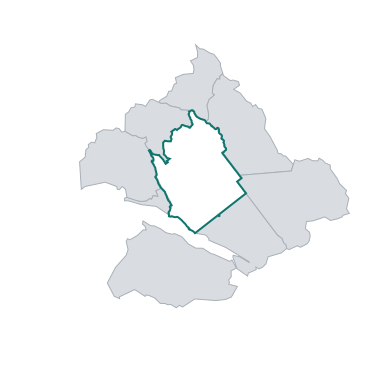 Sudan highlighted among its neighbors, rotated 142°
{"feature_id": "SDN", "entity_name": "Sudan", "entity_type": "country or territory", "adm_level": 0, "iso_a3": "SDN", "parent_name": "Africa", "parent_adm1": "", "projection": "equal_earth", "projection_center": [30.131, 15.434], "detail": "fine", "context": "with_neighbors", "style": "outline", "palette": "teal", "viewbox_px": 384, "rotation_deg": 142, "n_neighbors": 8, "source": "natural_earth", "source_scale": "50m", "svg_char_len": 9350}
<svg xmlns="http://www.w3.org/2000/svg" viewBox="0 0 384 384"><g transform="rotate(142 192 192)"><path d="M143.7,175.5L143.6,204.9L138.8,204.4L134.7,214.5L135.9,216.3L134.0,218.6L134.6,221.7L132.5,227.6L134.5,227.1L135.6,230.0L135.6,234.4L137.7,236.6L137.6,238.5L134.0,239.7L131.2,242.8L127.0,251.0L121.7,254.5L114.7,254.8L115.2,257.4L109.9,263.0L102.7,265.9L100.4,264.1L99.4,266.0L94.7,266.6L95.6,264.5L93.2,256.2L90.7,254.9L87.5,250.5L88.8,246.9L96.0,247.2L93.1,240.3L93.1,230.3L91.0,225.5L91.6,222.0L88.1,221.8L88.2,217.0L85.9,214.2L88.6,204.4L95.9,197.3L96.4,187.7L99.0,172.7L100.3,169.5L98.1,167.0L98.1,164.7L96.1,162.7L95.2,151.4L100.8,147.4L143.7,175.5Z" fill="#d9dde1" stroke="#a8b0b8" stroke-width="1"/><path d="M162.7,283.2L160.9,284.0L153.0,283.0L148.2,285.7L146.0,284.1L139.7,287.9L137.2,287.2L134.7,292.3L126.4,290.1L118.1,284.7L115.1,287.2L112.9,291.0L112.4,296.3L104.9,294.6L101.5,298.7L98.5,305.7L97.7,300.1L95.1,297.6L92.6,291.0L90.0,287.0L89.9,281.5L90.4,275.6L91.8,274.3L94.7,266.6L99.4,266.0L100.4,264.1L102.7,265.9L109.9,263.0L115.2,257.4L114.7,254.8L121.7,254.5L127.0,251.0L131.2,242.8L134.0,239.7L137.6,238.5L138.2,241.7L141.4,246.4L140.8,255.0L150.1,263.5L150.1,266.0L156.2,273.2L157.6,277.8L161.8,280.8L162.7,283.2Z" fill="#d9dde1" stroke="#a8b0b8" stroke-width="1"/><path d="M213.3,213.8L212.7,210.8L215.5,194.9L217.2,192.6L221.2,191.4L224.0,187.2L229.0,202.6L239.8,213.3L247.8,224.5L250.6,226.7L249.0,228.6L246.6,227.9L238.2,216.1L233.4,213.1L229.5,213.0L228.2,211.4L224.9,213.2L221.5,209.8L219.8,215.4L213.3,213.8Z" fill="#d9dde1" stroke="#a8b0b8" stroke-width="1"/><path d="M203.9,104.7L209.8,105.8L213.2,101.1L217.3,100.1L218.1,97.8L219.8,96.6L214.4,89.6L225.7,85.0L232.1,86.9L240.1,91.8L255.6,106.0L270.3,107.2L271.8,110.6L275.6,110.4L278.0,116.6L280.7,118.2L281.8,120.7L285.6,123.7L286.6,131.5L290.0,137.6L291.7,139.1L293.2,138.6L297.2,150.4L313.7,154.1L314.7,152.5L317.5,157.7L314.8,172.4L298.6,179.7L282.9,182.6L277.9,185.9L274.2,193.7L271.6,194.9L270.2,192.5L261.7,191.4L253.8,192.2L251.5,190.3L250.1,193.9L250.8,197.1L248.4,199.4L245.4,191.0L242.5,188.4L239.4,182.2L237.7,176.2L233.8,171.1L231.3,169.9L227.5,162.9L226.9,153.4L223.6,145.4L218.1,141.0L214.9,131.5L213.3,129.9L204.9,113.9L202.3,113.9L203.9,104.7Z" fill="#d9dde1" stroke="#a8b0b8" stroke-width="1"/><path d="M215.0,157.7L150.3,157.7L151.1,105.5L149.6,99.9L151.0,95.5L150.3,92.5L152.2,89.2L159.2,89.0L171.9,94.1L178.1,89.8L182.7,89.3L186.5,90.1L187.9,93.6L189.1,91.3L197.5,93.4L200.0,91.6L203.7,103.7L199.8,115.6L198.5,116.8L194.3,111.4L190.4,101.2L189.9,101.9L199.6,127.6L208.4,143.6L207.4,144.9L207.6,149.6L215.0,157.7Z" fill="#d9dde1" stroke="#a8b0b8" stroke-width="1"/><path d="M151.1,105.5L150.1,172.3L143.8,172.4L143.7,175.5L100.8,147.4L91.2,154.1L88.4,150.1L79.9,147.0L77.7,142.4L73.6,139.0L71.0,140.4L69.4,136.3L69.3,133.2L66.5,128.0L68.8,125.0L69.3,113.3L70.6,107.5L69.3,98.0L72.0,96.4L72.3,90.5L80.6,83.6L81.2,78.3L87.2,80.6L89.4,80.0L93.7,81.2L100.4,84.3L102.6,90.5L114.5,94.8L120.0,98.3L125.3,93.2L124.2,87.9L126.0,84.5L129.9,81.2L133.5,80.3L140.5,81.7L142.2,84.8L151.0,86.9L152.2,89.2L150.3,92.5L151.0,95.5L149.6,99.9L151.1,105.5Z" fill="#d9dde1" stroke="#a8b0b8" stroke-width="1"/><path d="M277.6,262.2L262.0,285.0L254.6,285.3L249.6,290.6L246.0,290.8L244.5,293.2L240.6,293.2L238.3,290.6L233.2,293.8L231.5,297.0L223.4,295.6L216.2,289.2L212.3,289.2L210.4,286.7L210.4,282.4L207.4,281.1L204.1,272.9L201.5,271.1L200.5,268.1L197.6,264.4L194.2,263.8L196.1,259.5L199.1,259.3L201.4,242.3L204.1,240.2L207.0,231.4L210.3,227.6L213.3,213.8L219.8,215.4L221.5,209.8L224.9,213.2L228.2,211.4L229.5,213.0L233.4,213.1L238.2,216.1L242.2,221.1L246.6,227.9L242.8,234.8L243.4,239.1L247.9,238.7L249.1,240.1L248.0,242.8L254.4,253.2L272.9,262.2L277.6,262.2Z" fill="#d9dde1" stroke="#a8b0b8" stroke-width="1"/><path d="M182.3,296.3L177.3,291.2L175.9,288.0L168.7,290.4L166.2,289.5L161.8,280.8L157.6,277.8L156.2,273.2L150.1,266.0L150.1,263.5L143.2,257.5L146.9,255.3L149.9,245.0L154.0,244.0L157.8,250.5L159.3,251.1L161.3,249.8L165.4,250.1L166.2,251.6L171.8,251.6L171.9,250.1L174.8,248.6L175.4,246.4L177.5,244.9L182.3,249.3L185.1,248.5L191.0,238.9L190.5,234.4L189.2,232.2L192.5,231.8L192.9,230.1L195.5,230.6L194.8,236.2L195.5,241.6L198.4,244.6L199.0,251.0L199.8,251.1L199.9,257.0L199.1,259.3L196.1,259.5L194.2,263.8L197.6,264.4L200.5,268.1L201.5,271.1L204.1,272.9L207.4,281.1L196.7,294.2L192.7,294.1L188.2,295.9L184.6,294.2L182.3,296.3Z" fill="#d9dde1" stroke="#a8b0b8" stroke-width="1"/><path d="M200.5,251.1L200.4,251.1L199.4,251.1L199.3,250.8L199.3,250.5L199.3,249.9L199.4,249.2L199.8,248.2L199.8,247.9L199.7,247.7L199.8,247.0L199.8,246.9L199.8,246.7L199.7,246.5L199.5,245.7L199.4,245.6L196.9,242.9L196.5,242.2L196.4,242.1L195.2,241.5L195.1,241.4L195.1,241.2L195.3,240.9L195.3,240.7L194.8,235.1L194.8,234.9L194.9,234.7L195.0,234.4L195.1,233.3L195.1,232.4L195.4,231.0L195.4,230.4L192.8,230.3L192.8,230.5L192.7,230.8L192.8,231.3L192.9,231.6L192.9,231.9L189.1,231.9L190.6,234.1L190.7,234.3L190.7,235.2L190.6,236.4L190.7,237.2L190.7,237.7L191.1,238.7L191.1,238.9L191.0,239.1L188.4,242.1L188.0,243.5L187.6,244.2L187.4,244.4L186.8,245.4L184.4,248.6L184.0,248.8L182.8,248.9L182.2,248.9L182.0,249.0L181.9,249.1L181.7,249.0L180.2,247.2L177.6,245.0L177.3,245.2L175.8,246.2L175.5,246.4L175.3,246.6L175.3,247.7L175.1,248.2L174.6,248.8L173.3,249.2L172.6,249.5L171.9,250.0L171.6,250.5L171.0,251.2L171.0,251.7L171.1,252.2L166.6,252.1L166.3,251.8L165.7,250.1L165.2,250.2L161.1,250.0L160.5,250.2L159.4,250.9L158.8,251.0L158.2,250.7L156.1,247.3L155.6,246.9L155.4,246.7L155.1,246.1L154.7,245.8L154.5,245.5L154.5,245.2L154.5,244.5L154.3,244.0L154.0,243.9L151.1,244.7L150.7,244.6L150.1,244.7L149.9,244.9L149.6,245.3L149.6,245.7L149.6,246.2L149.5,246.7L149.3,247.2L148.5,248.3L148.3,248.8L148.3,250.0L148.3,250.6L148.1,250.9L147.8,251.4L147.6,251.7L147.6,252.1L147.6,252.9L147.5,253.3L147.0,254.2L146.9,254.6L146.9,255.3L146.8,255.5L145.5,256.0L145.0,256.4L144.7,256.9L144.7,257.2L144.1,257.0L143.4,256.8L142.0,256.7L141.5,256.4L141.2,256.0L141.3,255.1L141.2,254.9L141.0,254.7L140.8,254.3L140.9,253.8L141.6,252.7L141.7,252.1L141.9,250.0L142.0,249.3L141.9,248.4L141.3,246.8L140.9,245.8L140.1,244.1L139.7,243.6L138.1,241.4L137.9,241.1L137.6,240.1L137.8,239.3L138.0,238.1L138.0,237.5L137.9,236.9L137.5,236.5L137.2,236.4L137.0,236.2L136.7,235.9L136.4,235.6L136.1,235.2L135.9,234.5L136.1,232.1L136.0,231.7L135.6,231.7L135.5,231.0L135.3,229.6L135.0,228.5L135.2,227.9L134.8,227.0L134.2,226.7L133.6,226.8L132.9,226.9L132.5,226.9L132.2,226.7L132.0,226.4L131.9,226.1L132.0,225.5L132.4,224.5L132.9,223.6L133.8,222.9L134.1,222.5L134.2,222.0L134.2,221.5L134.2,220.9L134.1,220.4L133.8,219.8L133.6,219.0L133.6,218.5L133.7,218.1L134.0,217.6L134.5,217.1L134.9,216.8L135.2,216.6L135.8,216.0L136.0,215.8L136.0,215.5L135.8,215.2L135.5,214.8L135.5,214.4L135.4,213.7L135.3,213.2L135.2,212.9L135.4,212.6L135.7,212.2L136.0,212.0L136.6,211.8L136.8,211.6L136.9,211.1L136.9,210.6L137.1,210.2L137.3,209.5L137.6,209.2L137.9,208.8L138.3,208.3L138.5,207.7L138.5,207.2L138.3,205.5L138.8,204.8L139.3,204.2L140.1,204.3L141.3,204.2L142.1,203.9L142.6,203.9L144.0,204.2L144.2,203.7L144.2,202.6L144.2,199.2L144.3,195.9L144.3,192.6L144.3,189.3L144.4,186.0L144.4,182.7L144.4,179.4L144.5,176.1L144.5,175.2L144.5,174.2L144.5,173.3L144.5,172.4L145.9,172.4L147.2,172.4L148.6,172.4L150.0,172.4L150.1,168.7L150.1,165.0L150.2,161.4L150.2,157.7L152.3,157.7L154.4,157.7L156.5,157.7L158.5,157.7L160.6,157.7L162.7,157.7L164.8,157.7L166.9,157.7L169.0,157.7L171.0,157.7L173.1,157.7L175.2,157.7L177.3,157.7L179.4,157.7L181.5,157.7L183.5,157.7L184.2,157.7L184.5,157.7L185.0,156.3L185.2,156.2L185.6,156.3L185.7,156.6L185.6,157.1L185.4,157.7L186.4,157.7L188.2,157.7L190.0,157.7L191.8,157.7L193.6,157.7L195.4,157.7L197.2,157.7L198.9,157.7L200.7,157.7L202.5,157.7L204.3,157.7L206.1,157.7L207.9,157.7L209.7,157.7L211.5,157.7L213.3,157.7L215.0,157.7L215.1,159.4L215.4,160.7L216.3,162.6L217.0,163.6L217.3,164.2L217.3,164.5L217.1,164.4L216.7,164.3L216.6,165.1L216.7,165.8L216.8,167.0L217.2,168.3L217.0,169.5L217.0,171.5L217.4,173.9L217.4,175.5L218.1,179.1L218.7,181.1L219.0,181.6L219.4,181.8L220.1,182.0L221.2,183.0L222.1,184.1L222.4,184.7L222.8,185.3L223.1,185.2L223.5,185.5L224.9,186.6L225.1,187.1L224.6,187.6L224.1,188.5L223.9,188.8L223.9,189.0L223.7,189.5L223.4,189.8L223.2,190.0L223.0,190.4L222.8,190.4L222.6,190.5L222.3,190.7L221.9,190.6L221.5,190.7L221.3,190.9L221.0,191.1L220.7,191.1L220.3,191.5L219.9,191.8L219.4,192.1L219.1,192.4L218.8,193.8L218.6,194.1L218.2,194.2L217.7,194.2L217.2,194.3L216.6,194.1L216.3,194.1L216.3,194.4L216.2,195.6L216.2,196.1L216.0,196.6L215.7,197.4L215.8,198.6L215.9,199.8L215.4,201.6L215.4,202.1L214.9,203.5L214.6,204.1L214.0,206.8L213.8,207.6L213.3,208.5L213.4,209.9L213.6,211.5L213.7,212.9L213.9,215.1L213.5,217.1L213.5,218.2L213.2,219.8L212.9,220.5L212.7,221.0L212.5,221.4L212.2,222.4L211.9,223.8L211.8,225.1L211.8,225.9L211.8,226.3L211.7,226.5L211.0,226.7L210.1,226.8L209.6,227.0L209.2,227.3L208.8,228.0L208.0,229.7L207.6,230.8L206.9,232.3L206.2,233.4L206.0,233.9L205.9,234.8L205.6,236.4L205.3,237.4L205.4,238.3L205.1,239.8L205.2,240.5L204.9,241.0L204.5,241.3L204.3,241.4L203.8,241.0L203.3,240.5L203.2,240.4L202.8,240.7L202.4,241.1L201.9,242.1L201.5,243.1L201.8,245.2L201.7,245.6L201.6,246.1L201.0,247.7L200.9,248.2L200.7,249.1L200.5,250.7L200.5,251.1Z" fill="none" stroke="#0f766e" stroke-width="2"/></g></svg>